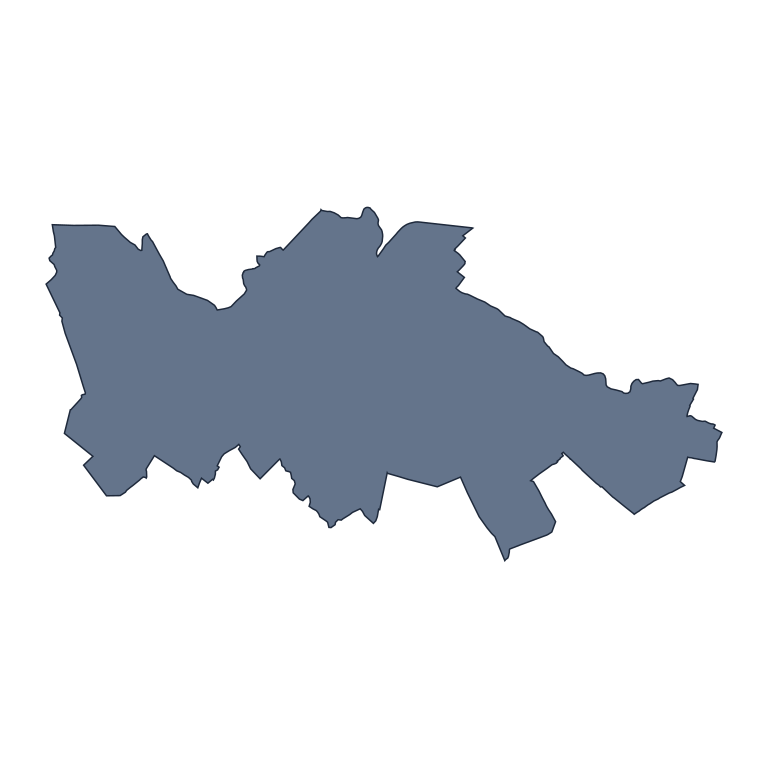 outline of Targoviste, Dâmbovita, Romania
{"feature_id": "2599482B69796081366270", "entity_name": "Targoviste", "entity_type": "district", "adm_level": 2, "iso_a3": "ROU", "parent_name": "Romania", "parent_adm1": "Dâmbovita", "projection": "orthographic", "projection_center": [25.462, 44.919], "detail": "fine", "context": "isolated", "style": "filled", "palette": "slate", "viewbox_px": 768, "rotation_deg": 0, "n_neighbors": 0, "source": "geoboundaries", "source_scale": "gbopen_adm2", "svg_char_len": 6082}
<svg xmlns="http://www.w3.org/2000/svg" viewBox="0 0 768 768"><path d="M698.1,384.4L695.5,384.0L690.5,383.5L679.8,385.5L677.6,385.4L676.3,384.0L675.2,382.5L672.6,379.7L669.1,378.0L666.3,378.7L660.3,381.0L658.3,380.6L652.9,381.1L649.1,382.2L642.6,383.7L641.6,383.3L638.5,379.5L636.1,379.6L633.8,381.2L632.0,383.4L630.9,386.2L630.8,388.8L630.0,391.7L627.9,393.2L625.5,393.4L623.6,393.0L622.0,391.6L616.2,390.0L611.1,388.9L607.2,386.8L606.1,384.9L605.7,378.8L604.8,375.8L603.2,373.9L600.7,372.9L597.3,373.0L594.6,373.5L588.7,375.1L586.3,375.4L584.1,375.1L582.3,373.4L579.8,372.0L573.3,368.8L570.7,368.0L565.9,364.8L563.1,361.7L558.3,356.8L553.5,353.5L549.4,347.5L548.8,346.7L547.7,346.1L544.1,341.7L543.4,338.1L542.7,336.6L537.6,332.2L536.2,331.8L529.7,328.8L523.5,324.3L519.4,321.8L511.5,318.4L510.3,317.6L505.0,316.0L498.5,309.7L496.8,308.6L490.5,305.9L484.9,302.1L477.2,298.9L470.2,295.4L467.5,294.2L465.3,293.9L462.1,292.8L459.8,291.5L456.0,288.4L456.4,287.5L458.3,285.7L464.4,277.4L457.3,271.8L459.4,269.8L463.5,265.5L464.9,263.7L465.0,262.1L465.2,261.5L459.7,254.8L457.9,253.2L454.3,250.6L455.1,249.7L454.6,249.2L457.8,246.1L465.4,238.0L462.8,235.8L472.8,228.1L472.2,227.9L419.1,222.0L417.3,221.9L415.2,222.0L410.0,223.2L407.1,224.3L405.5,225.2L403.1,226.8L401.3,228.4L397.7,232.2L396.1,234.2L388.7,242.4L385.8,245.1L383.2,249.1L378.3,255.9L377.5,256.6L376.9,255.2L376.5,253.8L376.7,251.8L377.2,250.1L378.2,248.2L380.2,245.8L381.7,243.0L382.2,241.3L382.7,236.2L382.6,234.3L382.1,231.5L381.5,229.8L378.9,226.2L378.3,225.0L378.0,223.2L378.5,220.0L377.9,218.3L374.4,212.4L371.0,209.3L370.1,208.0L368.0,207.4L366.9,207.4L365.4,207.9L363.9,209.1L362.7,212.2L361.9,214.9L361.4,216.1L360.6,217.3L358.8,218.3L356.9,218.7L347.5,217.5L345.4,217.8L342.7,217.9L341.0,217.6L338.2,215.0L334.2,212.8L330.1,211.4L327.4,211.5L322.4,210.6L321.4,210.2L321.0,209.7L320.6,211.1L312.0,219.3L308.8,222.9L283.2,250.1L282.8,249.9L280.6,247.5L280.2,247.4L275.9,248.6L269.6,251.6L267.8,251.7L267.2,252.0L266.8,252.4L264.9,255.1L264.1,256.7L260.5,256.2L256.9,256.1L257.0,259.8L257.2,261.5L258.1,263.3L258.8,264.1L259.2,264.2L259.6,264.6L259.6,265.4L259.3,265.9L255.7,267.8L255.1,268.4L253.9,268.7L252.7,268.7L252.0,269.1L248.6,269.5L245.3,270.4L244.1,271.1L243.7,271.5L243.8,272.1L243.1,272.7L242.7,274.2L242.3,275.1L242.6,278.0L243.2,279.5L243.4,281.2L243.7,283.7L244.7,285.8L245.7,287.0L246.5,289.2L246.6,290.1L244.3,293.9L236.3,301.1L231.1,306.6L228.2,307.8L224.2,308.8L217.2,310.0L216.0,307.6L214.5,305.3L207.5,300.4L193.7,295.4L186.8,294.3L177.8,289.2L176.0,285.9L173.1,282.1L170.5,278.2L170.2,277.0L166.7,269.0L166.5,268.3L165.8,266.9L163.3,261.0L159.4,254.3L156.8,249.5L152.5,241.5L151.2,240.2L150.5,239.1L148.8,236.4L147.4,233.8L146.4,234.0L142.9,236.8L142.3,239.7L142.3,243.5L141.8,250.3L140.7,250.5L138.2,249.2L135.0,245.0L130.3,242.4L124.3,237.2L121.5,234.5L114.8,226.5L98.4,225.2L73.6,225.4L52.3,224.7L53.4,231.7L54.4,235.8L55.7,247.5L54.8,248.6L54.2,251.0L52.9,253.2L52.5,254.9L51.1,256.0L49.1,258.1L49.8,260.7L54.1,264.5L54.8,266.6L56.7,270.3L56.7,272.2L55.2,275.4L51.2,279.7L46.1,284.1L59.9,312.8L59.6,315.1L62.3,318.0L61.9,321.3L65.2,333.4L76.6,364.4L83.2,386.1L85.4,392.9L85.0,394.2L82.4,394.7L81.4,395.4L81.7,397.4L80.9,398.7L70.9,409.7L70.3,409.8L64.4,433.4L92.9,456.3L83.6,465.2L106.5,495.8L120.1,495.6L125.4,492.2L126.6,490.4L130.3,487.4L132.6,485.7L139.5,480.1L140.7,478.9L143.2,477.0L145.4,477.4L146.2,478.1L146.7,477.0L146.5,471.3L146.1,470.2L146.2,468.9L154.4,455.7L173.4,468.2L176.7,470.8L180.6,472.4L184.4,475.0L188.5,477.4L191.4,480.1L191.7,481.5L193.3,484.0L197.8,487.8L199.6,482.7L201.5,478.2L207.9,483.2L212.6,479.3L213.4,480.0L214.4,478.1L215.4,474.1L215.4,471.1L217.6,469.9L219.1,467.2L217.2,465.9L221.7,456.7L224.2,453.8L229.4,450.6L235.3,447.4L238.8,444.4L240.3,446.7L238.6,449.1L242.2,454.6L247.1,461.6L250.6,468.8L260.1,478.8L279.7,459.0L280.0,459.0L281.3,461.8L281.9,465.6L284.6,467.8L285.8,470.8L288.2,471.5L288.4,471.4L290.5,472.3L291.2,475.2L291.7,478.4L294.3,480.6L295.2,483.9L292.9,489.5L293.2,492.8L299.4,499.1L302.9,500.6L308.2,495.9L308.8,496.5L310.0,498.7L310.3,502.3L309.1,506.3L312.8,508.8L316.3,510.6L317.7,512.2L319.0,514.3L319.8,516.7L326.0,520.9L327.6,522.2L328.9,527.4L331.0,527.6L335.1,524.7L335.5,522.3L338.1,519.7L341.3,520.1L342.6,519.0L349.7,514.6L352.5,512.4L360.2,508.8L362.5,511.4L364.7,515.5L373.4,523.4L375.8,520.8L377.3,516.7L378.6,509.3L379.1,509.6L379.7,509.7L387.2,472.9L387.4,473.3L398.9,476.6L407.7,479.3L437.3,486.8L460.5,477.1L467.5,493.0L479.2,516.8L487.1,527.9L491.6,533.4L494.9,536.6L504.8,560.6L505.6,559.6L507.8,558.0L507.9,557.7L508.5,556.2L508.9,554.1L509.3,552.2L509.4,550.0L509.7,549.1L510.0,548.9L521.1,544.6L546.7,535.1L548.1,534.4L550.9,532.6L551.7,532.1L551.9,531.8L555.6,521.7L551.5,514.1L548.4,509.4L546.6,506.3L545.8,504.7L545.1,503.1L542.3,497.8L538.9,490.9L533.5,481.6L530.7,480.7L533.3,478.5L539.4,473.8L547.5,468.1L552.0,464.7L554.6,463.9L556.2,463.2L557.7,461.7L557.2,461.1L560.2,458.8L560.3,458.1L563.2,455.8L561.8,453.5L563.3,452.3L565.4,454.4L568.9,457.5L570.2,459.0L570.4,458.8L571.1,459.5L581.0,468.8L582.2,470.3L596.3,483.3L598.8,485.1L600.5,486.9L602.0,486.8L612.7,497.0L614.4,498.2L625.0,506.8L633.6,513.6L634.2,514.3L637.2,512.2L639.1,511.1L640.5,509.9L642.9,508.3L644.6,507.4L645.4,506.7L648.3,504.6L649.8,503.8L653.9,501.0L658.5,498.8L659.7,497.9L667.9,493.7L669.5,492.9L671.9,492.1L677.3,489.2L680.1,487.6L684.6,485.4L680.3,481.6L682.2,476.7L687.7,457.2L689.3,457.6L691.6,457.8L694.1,458.5L695.7,458.7L706.9,460.8L714.4,462.0L714.9,461.5L715.1,461.0L716.1,455.4L716.9,449.6L717.1,446.5L717.0,441.9L717.6,440.6L719.1,438.6L719.5,437.9L720.0,436.9L720.8,434.9L721.9,432.5L713.7,428.2L715.1,425.1L715.0,424.9L713.9,424.4L712.9,424.0L711.3,423.9L709.6,423.4L708.4,422.9L705.2,421.2L704.3,421.2L702.9,421.4L701.8,421.3L697.6,420.4L695.5,419.4L691.7,416.2L691.0,415.9L690.1,415.7L687.1,416.5L687.0,415.9L687.7,412.7L688.7,409.7L689.6,407.5L690.1,406.0L690.0,405.4L689.8,405.3L693.5,399.1L693.0,398.6L693.0,398.2L697.1,390.2L697.4,389.8L698.1,384.4Z" fill="#64748b" stroke="#1e293b" stroke-width="1.5"/></svg>